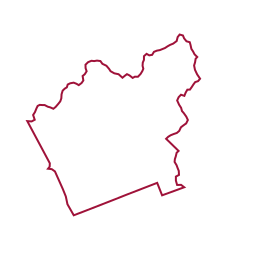 Sertão Santana, Rio Grande do Sul, Brazil, rotated 158°
{"feature_id": "56859067B44643679960185", "entity_name": "Sertão Santana", "entity_type": "district", "adm_level": 2, "iso_a3": "BRA", "parent_name": "Brazil", "parent_adm1": "Rio Grande do Sul", "projection": "natural_earth1", "projection_center": [-51.66, -30.464], "detail": "fine", "context": "isolated", "style": "outline", "palette": "rose", "viewbox_px": 256, "rotation_deg": 158, "n_neighbors": 0, "source": "geoboundaries", "source_scale": "gbopen_adm2", "svg_char_len": 1773}
<svg xmlns="http://www.w3.org/2000/svg" viewBox="0 0 256 256"><g transform="rotate(158 128 128)"><path d="M37.2,167.9L38.7,171.4L39.0,174.6L39.6,177.6L38.9,181.7L38.6,184.4L41.3,186.5L42.4,190.1L42.4,193.2L45.1,195.3L47.9,193.7L50.3,190.4L54.5,189.3L57.8,189.3L60.8,188.9L63.7,188.3L66.3,188.3L69.3,188.3L72.2,188.9L75.4,188.9L78.2,186.8L81.1,187.4L83.0,189.8L86.3,188.6L87.7,185.2L89.8,183.1L91.2,180.2L91.6,177.2L93.4,175.4L96.1,173.4L99.6,171.8L102.4,173.0L104.9,172.7L106.9,176.2L108.8,178.3L111.1,177.7L114.3,176.7L116.6,181.4L120.2,183.8L122.9,187.2L123.4,189.9L124.7,193.8L127.7,197.1L128.5,200.4L131.5,202.1L134.3,202.7L136.7,204.0L140.3,204.0L143.7,202.6L144.9,199.4L145.1,196.1L147.9,194.1L150.6,193.2L151.6,188.8L154.2,187.1L157.6,186.2L159.2,188.3L161.4,190.4L164.8,191.1L167.6,190.9L169.5,188.6L171.9,188.2L174.6,187.1L177.0,184.1L178.7,180.5L180.8,178.1L183.6,176.5L187.3,174.6L190.0,173.8L192.3,176.2L194.4,177.8L196.7,180.5L198.9,181.4L201.2,182.5L203.5,182.3L205.6,180.4L208.3,177.6L211.1,175.6L211.4,170.6L214.9,170.2L218.8,172.1L213.7,124.6L215.1,121.5L217.4,120.2L214.1,118.4L212.0,115.1L211.3,95.7L211.3,87.8L212.7,80.0L211.0,67.4L201.2,67.2L169.7,66.8L154.2,66.7L121.5,66.2L121.6,52.8L98.1,52.0L100.1,55.4L103.8,56.8L103.3,61.3L101.8,65.0L98.3,65.4L97.0,69.2L97.0,72.3L96.9,75.3L97.5,79.1L96.2,81.6L94.4,83.7L92.2,86.8L89.7,87.8L96.7,103.7L94.0,104.8L91.2,105.3L87.8,105.3L84.6,105.1L81.6,106.1L78.7,108.8L76.3,109.5L72.3,110.5L69.5,113.0L69.7,116.7L70.7,120.9L71.6,123.5L71.2,126.8L71.9,130.4L72.1,135.1L69.5,137.6L66.4,139.0L63.7,136.7L61.2,139.3L58.6,141.3L56.2,140.4L53.4,142.2L51.0,143.9L48.5,145.4L45.5,145.2L42.7,146.7L43.8,151.8L44.1,156.9L43.3,161.2L41.2,163.8L39.4,166.8L37.2,167.9Z" fill="none" stroke="#9f1239" stroke-width="2"/></g></svg>